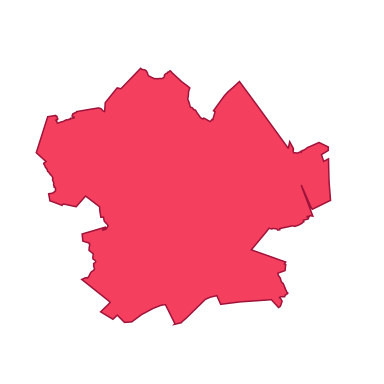 San Pedro del Gallo, Durango, Mexico (Robinson projection), rotated 77°
{"feature_id": "50627088B85751357503772", "entity_name": "San Pedro del Gallo", "entity_type": "district", "adm_level": 2, "iso_a3": "MEX", "parent_name": "Mexico", "parent_adm1": "Durango", "projection": "robinson", "projection_center": [-104.46, 25.641], "detail": "fine", "context": "isolated", "style": "filled", "palette": "rose", "viewbox_px": 384, "rotation_deg": 77, "n_neighbors": 0, "source": "geoboundaries", "source_scale": "gbopen_adm2", "svg_char_len": 5827}
<svg xmlns="http://www.w3.org/2000/svg" viewBox="0 0 384 384"><g transform="rotate(77 192 192)"><path d="M59.9,214.2L75.4,238.0L73.7,241.5L85.4,256.4L94.5,259.2L93.9,259.3L93.2,260.2L92.9,260.5L91.6,261.2L90.8,261.5L90.0,262.4L89.2,264.0L89.0,264.4L88.9,264.9L89.0,265.4L88.4,273.7L87.7,286.4L88.2,286.7L88.4,287.2L88.5,288.1L88.5,288.3L88.6,288.6L88.6,288.9L88.7,289.3L89.0,289.5L89.1,290.3L89.1,290.7L90.3,291.3L90.7,291.7L91.0,291.8L92.0,291.1L92.4,290.4L92.7,290.0L93.0,290.0L93.4,290.6L92.8,293.3L92.8,293.6L92.9,293.9L93.2,294.1L93.8,294.1L93.9,294.4L93.6,294.9L93.5,295.1L93.5,296.1L93.7,296.5L93.7,296.9L93.7,297.3L93.4,297.9L93.4,298.3L93.7,299.6L94.3,301.7L94.3,304.5L94.4,305.0L94.6,305.8L94.7,306.6L94.8,307.2L94.7,307.4L94.6,307.6L93.8,308.0L93.6,308.0L93.2,307.9L93.0,307.7L92.8,307.7L92.3,308.0L91.6,308.6L91.4,308.5L91.4,308.2L91.2,308.0L91.1,307.7L91.2,306.9L91.1,306.6L90.8,306.6L90.4,306.3L90.0,306.3L89.8,306.4L89.5,306.6L89.3,306.7L88.2,306.6L87.6,306.8L87.6,307.4L87.5,307.6L87.3,307.7L87.2,307.8L86.8,307.8L86.7,307.8L86.2,315.7L118.7,334.9L129.5,327.4L129.8,327.9L130.2,328.8L130.3,329.5L130.8,330.1L131.0,330.1L131.5,330.1L133.2,329.4L133.9,329.3L134.5,329.4L134.9,329.3L135.9,328.8L136.5,328.4L137.0,328.3L137.8,328.1L138.6,328.0L139.1,328.1L139.4,328.0L139.9,327.7L140.3,327.3L140.9,327.0L141.3,326.9L142.0,326.5L142.8,326.3L143.4,326.0L143.6,325.6L144.0,325.4L144.3,325.4L145.2,324.8L145.6,324.6L146.4,324.6L147.1,324.5L147.5,324.5L147.8,324.6L148.0,324.9L148.6,325.1L149.2,325.1L149.9,325.0L150.9,324.7L151.9,324.8L152.3,324.7L153.0,324.9L154.0,325.3L155.0,325.1L155.5,324.7L155.6,324.8L155.9,325.2L156.1,325.3L156.3,325.2L156.7,325.0L157.2,324.2L157.9,324.1L158.4,324.2L159.2,324.7L159.6,324.7L160.1,324.7L160.4,325.0L160.7,325.6L161.3,327.1L161.7,328.3L161.7,328.9L161.7,329.3L161.7,329.6L161.7,330.1L161.4,331.1L161.5,332.1L168.7,332.4L169.7,330.7L175.8,321.6L174.7,320.1L180.3,308.2L172.0,296.6L185.6,285.4L189.1,286.0L196.1,286.5L196.6,283.9L200.6,284.1L204.7,281.8L206.1,281.3L208.9,284.3L209.1,288.2L206.7,283.7L208.2,308.5L215.3,309.4L218.8,303.4L219.4,303.8L219.7,303.8L220.1,303.7L220.6,303.4L220.9,303.7L222.7,304.6L225.8,305.5L226.5,304.9L227.2,304.2L227.4,304.1L230.1,302.1L233.5,303.4L234.6,303.5L235.3,303.4L236.3,302.2L236.9,301.8L237.9,301.5L238.5,301.6L239.1,302.5L239.3,303.2L239.4,303.6L239.7,304.0L240.2,304.1L240.6,304.0L241.1,304.1L241.8,304.5L244.4,304.3L245.2,304.4L245.7,304.9L246.2,305.6L246.7,306.7L247.0,307.8L247.4,308.4L249.1,310.0L250.5,311.1L251.6,312.3L252.3,313.2L251.8,313.8L251.7,314.2L251.7,315.1L251.7,316.1L252.0,317.1L252.4,319.1L279.3,297.7L281.2,296.6L283.3,299.8L288.2,308.0L298.2,297.7L295.2,292.5L303.9,287.1L305.0,279.9L300.1,268.7L296.6,255.8L295.4,247.5L295.5,245.4L295.8,243.2L316.4,238.3L317.0,239.1L317.0,232.0L315.8,230.2L313.8,226.3L299.6,203.1L298.6,197.9L298.6,191.1L307.9,189.3L309.9,169.7L314.8,138.9L324.1,133.6L323.8,133.1L323.6,132.4L323.3,131.9L323.1,131.6L322.2,130.9L321.6,130.6L320.8,130.0L320.1,129.7L319.4,129.1L318.8,128.8L318.1,128.9L317.3,129.2L316.3,129.4L315.7,129.7L315.3,129.9L314.9,130.5L314.6,130.6L314.2,130.1L314.2,129.7L314.1,129.4L314.1,128.9L314.1,128.2L314.5,127.4L314.9,125.3L313.4,124.4L313.3,123.8L312.6,122.1L312.5,121.7L312.4,121.5L311.9,121.4L311.6,121.6L311.4,122.0L309.0,122.4L308.9,122.5L308.6,122.6L308.1,122.8L307.8,122.9L307.0,122.8L306.8,123.0L306.6,123.0L306.3,122.9L301.5,123.8L301.2,124.3L300.9,124.4L300.6,124.5L299.9,124.9L299.0,125.2L295.9,125.3L295.3,125.5L294.9,125.8L293.9,125.9L293.5,126.3L292.9,126.6L292.5,126.7L291.5,126.6L290.9,126.5L290.4,126.5L289.5,119.0L283.7,117.0L282.9,118.1L281.3,116.5L261.7,147.2L247.4,128.4L244.6,125.1L244.9,124.8L246.0,122.6L246.0,122.0L245.8,121.6L245.7,121.2L245.8,120.8L246.2,120.0L247.0,117.8L247.5,117.4L248.5,116.9L248.5,114.9L247.4,114.7L247.4,111.4L247.6,101.9L247.7,101.2L248.6,99.8L248.6,99.4L248.3,95.9L247.3,92.2L247.0,91.6L246.1,90.1L246.1,89.7L244.6,89.8L244.4,84.8L244.0,84.5L243.6,84.4L243.4,84.5L242.0,85.5L241.6,85.2L241.7,84.7L242.5,83.2L242.0,82.9L241.5,82.5L242.7,79.7L225.6,82.0L212.2,83.8L209.7,84.0L232.5,79.7L235.0,79.1L235.9,78.6L231.3,58.9L214.0,56.3L208.0,55.2L194.6,52.4L190.4,51.5L191.8,56.8L184.7,57.5L182.2,49.9L178.8,49.1L172.3,57.1L172.6,58.6L174.4,67.9L174.6,69.5L175.6,71.3L176.3,73.5L176.6,75.0L176.4,75.1L176.9,76.1L176.8,76.4L177.8,76.7L177.2,77.3L177.5,79.1L177.9,79.8L176.6,84.1L174.9,84.3L173.9,83.8L173.7,84.1L172.5,83.4L165.0,85.5L170.8,88.2L170.8,88.5L123.2,108.7L95.0,120.9L99.4,128.6L102.6,134.6L105.5,138.8L106.6,140.1L117.7,152.8L118.9,151.4L126.2,155.5L125.8,155.8L125.7,156.0L127.1,157.9L127.4,158.4L127.4,158.6L127.2,158.9L126.3,159.7L125.9,160.3L125.3,160.9L124.9,161.3L123.9,162.3L123.2,163.2L122.7,163.8L122.6,164.0L122.9,164.4L123.2,164.4L123.3,164.6L123.3,164.8L123.3,165.1L121.8,166.7L120.9,167.3L119.9,167.6L119.2,168.0L118.8,168.0L118.4,168.2L117.9,168.4L116.8,169.0L113.2,170.1L112.9,170.3L112.0,171.9L111.3,172.1L109.9,172.8L109.5,173.5L109.2,174.3L108.3,174.6L104.2,174.7L102.6,174.9L100.7,175.3L97.6,174.0L97.3,173.9L96.8,173.7L96.2,173.6L95.2,173.2L93.7,172.9L92.8,172.3L91.6,171.8L90.4,170.8L89.9,170.8L89.7,170.9L88.3,172.2L87.7,172.5L85.1,174.8L83.5,176.1L82.5,177.0L70.9,184.9L70.2,185.1L69.6,185.4L68.9,186.1L69.8,187.5L69.7,188.3L69.9,188.8L70.1,189.1L70.6,189.4L70.8,189.8L70.7,190.6L71.4,192.0L71.6,192.2L72.5,192.8L73.0,193.0L73.8,193.2L74.1,193.6L74.3,194.1L74.6,195.9L74.6,196.4L74.4,196.9L74.1,198.0L74.0,198.9L74.1,199.5L73.9,200.1L73.6,200.5L73.6,201.7L73.1,202.4L73.1,203.4L72.8,203.8L72.6,203.9L72.4,204.0L72.1,204.3L71.9,204.5L71.8,205.0L71.5,205.3L70.0,206.9L69.1,208.2L68.5,208.5L65.7,208.7L65.3,208.8L64.4,209.1L63.8,209.2L63.5,209.4L62.8,210.1L62.4,210.6L62.0,211.4L61.8,212.1L61.5,212.6L61.2,213.4L59.9,214.2Z" fill="#f43f5e" stroke="#9f1239" stroke-width="1.5"/></g></svg>